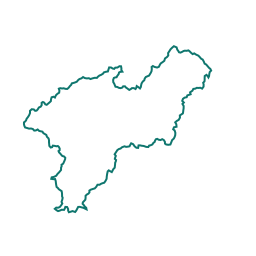 Santos Dumont, Minas Gerais, Brazil, rotated 341°
{"feature_id": "56859067B27012816015261", "entity_name": "Santos Dumont", "entity_type": "district", "adm_level": 2, "iso_a3": "BRA", "parent_name": "Brazil", "parent_adm1": "Minas Gerais", "projection": "albers", "projection_center": [-43.53, -21.482], "detail": "fine", "context": "isolated", "style": "outline", "palette": "teal", "viewbox_px": 256, "rotation_deg": 341, "n_neighbors": 0, "source": "geoboundaries", "source_scale": "gbopen_adm2", "svg_char_len": 4494}
<svg xmlns="http://www.w3.org/2000/svg" viewBox="0 0 256 256"><g transform="rotate(341 128 128)"><path d="M32.5,180.6L33.7,182.5L34.8,183.8L36.4,183.9L38.7,183.7L40.9,184.6L42.0,183.6L43.1,182.2L44.7,182.9L45.0,185.1L44.5,186.7L44.7,188.4L46.4,188.5L48.5,188.5L50.7,190.2L52.1,189.3L53.7,187.8L55.2,186.4L56.8,186.9L58.4,188.0L59.8,188.9L60.9,190.0L62.3,191.4L62.5,189.8L61.5,188.0L61.1,186.4L60.4,184.9L61.1,183.6L62.8,182.7L64.3,181.9L65.1,180.4L65.8,178.3L67.4,177.5L69.2,177.2L70.6,176.3L71.1,174.6L72.6,174.2L74.8,174.2L76.9,174.3L78.8,173.3L80.7,171.7L82.7,172.4L84.2,172.0L85.7,171.9L87.7,172.0L89.4,170.8L91.2,169.1L92.2,166.8L93.4,164.5L94.7,162.4L96.0,161.8L97.1,163.1L98.3,164.4L99.4,163.4L100.6,162.2L102.5,161.2L103.8,158.5L104.6,156.6L105.5,155.7L106.3,154.4L105.5,152.9L106.3,151.7L107.4,150.4L106.8,148.5L108.5,147.2L110.8,145.4L112.7,144.9L114.3,145.0L115.9,144.3L117.4,144.2L118.8,144.2L120.0,145.2L121.8,145.6L123.5,145.8L124.7,144.6L126.0,143.5L127.6,145.0L128.3,147.5L129.5,149.4L131.1,150.1L132.3,147.9L133.7,148.3L135.1,149.2L137.0,150.1L139.1,151.8L141.0,152.6L142.3,151.5L143.7,151.7L145.7,151.5L147.2,150.3L148.6,149.9L149.6,148.6L150.8,147.7L152.1,147.8L153.2,149.1L154.9,150.0L156.7,149.7L157.9,151.0L158.4,153.0L157.9,154.8L158.7,156.0L160.6,157.0L162.7,157.4L164.1,155.8L165.8,153.8L167.9,152.9L169.2,151.6L170.3,150.2L171.2,148.0L171.3,145.5L170.3,143.9L171.7,142.3L174.3,142.6L174.9,140.2L174.5,138.0L176.5,137.2L178.6,136.8L180.5,135.1L181.1,133.0L183.0,132.5L184.6,132.1L185.3,130.9L186.2,129.0L187.0,127.5L187.8,125.3L187.3,123.0L189.1,122.1L188.1,120.0L189.5,118.3L191.4,117.7L193.5,118.0L194.7,116.5L196.5,116.5L198.2,116.5L198.3,114.5L199.7,114.1L201.1,113.7L202.5,112.3L204.5,112.7L206.1,112.4L207.7,113.1L209.5,113.5L210.9,114.9L212.9,113.5L213.7,111.4L213.8,109.7L215.5,108.8L216.2,107.3L216.8,105.5L217.5,103.8L219.5,103.3L220.2,104.9L220.5,106.4L221.5,105.4L222.4,103.5L223.5,101.7L225.3,100.8L225.1,98.9L224.2,97.5L223.5,95.7L222.6,93.4L221.4,92.1L221.3,89.9L220.9,87.6L219.7,86.3L219.1,84.7L218.1,82.5L216.2,80.7L214.9,79.0L213.2,79.2L212.1,77.4L211.2,75.5L210.4,74.3L208.6,74.1L206.9,73.4L205.6,73.3L204.2,73.6L202.2,73.8L200.9,73.0L200.6,71.4L200.1,69.9L200.2,67.6L198.0,65.6L196.2,66.3L193.9,67.4L191.9,69.0L190.3,70.2L189.7,72.5L188.2,73.5L185.6,74.3L184.2,76.3L182.1,77.0L179.9,77.6L178.4,78.9L177.1,80.2L175.2,80.3L173.0,78.9L171.7,77.5L170.2,78.0L169.7,80.0L168.7,82.0L167.3,83.4L166.2,84.3L165.0,85.3L163.4,85.4L161.4,85.6L159.9,86.7L158.9,88.2L157.2,88.8L155.3,90.3L154.3,91.9L153.5,93.4L152.2,94.5L151.3,93.0L149.9,91.2L148.9,92.7L147.8,93.6L146.5,92.2L144.7,91.6L143.3,92.1L141.6,92.4L140.1,90.2L139.2,89.0L138.7,87.6L137.0,87.0L135.8,87.9L134.0,87.9L132.5,87.1L131.2,85.7L129.6,84.9L129.5,83.5L129.4,81.6L129.0,79.9L129.6,77.7L130.9,76.1L132.3,76.0L133.7,76.3L135.0,75.1L136.6,74.1L137.6,72.6L139.0,72.4L141.0,72.9L140.6,71.0L141.2,69.4L141.5,67.4L140.0,66.8L137.7,67.4L135.6,66.8L134.2,67.6L132.9,66.8L131.7,65.3L129.9,64.6L128.6,66.3L127.4,68.0L125.1,67.6L123.2,67.6L122.1,68.5L119.9,69.0L118.0,69.1L116.3,69.7L114.9,70.5L112.9,69.7L110.5,69.5L108.5,69.5L107.2,68.2L105.2,67.7L103.4,66.7L102.1,65.2L100.2,65.9L98.0,65.9L96.4,66.5L94.6,67.6L92.2,67.7L89.4,67.5L88.3,68.7L86.8,69.4L85.0,70.6L83.3,71.3L81.6,70.6L80.1,69.5L78.6,69.2L76.9,68.3L75.4,68.3L75.3,70.4L74.4,72.2L72.4,72.7L70.5,73.6L68.8,75.4L67.8,74.2L65.8,74.1L64.5,75.9L63.8,77.5L62.5,78.1L60.5,78.9L58.7,79.6L57.5,78.7L57.0,76.7L56.0,75.7L54.6,76.0L53.8,78.3L52.4,79.4L50.4,79.6L48.6,81.1L47.2,81.8L45.8,81.5L45.0,79.8L43.1,78.9L40.9,79.9L40.2,82.0L38.6,83.8L36.8,85.2L35.1,86.3L34.1,87.6L32.8,88.4L31.5,88.8L30.9,90.4L30.7,92.2L30.9,94.0L32.5,95.1L34.1,96.3L36.3,97.0L37.7,98.0L38.5,99.9L40.0,100.3L42.1,100.0L43.1,101.9L44.6,102.8L45.9,103.6L46.3,105.3L47.2,106.4L48.5,107.9L48.5,109.9L49.5,112.0L49.3,114.0L48.7,115.6L48.3,117.3L47.8,119.3L48.6,121.3L50.0,121.4L51.2,120.2L52.8,121.0L54.4,122.0L55.8,122.2L56.5,123.5L56.7,125.3L56.1,126.8L54.8,127.2L54.9,128.7L55.6,130.1L56.1,131.5L56.8,133.1L58.2,134.0L59.0,135.7L58.4,137.0L57.0,138.6L55.1,140.6L53.2,141.1L52.8,142.6L51.8,143.7L51.0,145.9L49.2,147.0L48.0,147.7L46.5,148.4L44.6,149.8L42.0,150.1L39.8,149.8L38.9,151.1L40.8,152.1L42.4,152.5L42.4,154.5L42.0,156.3L41.6,158.3L41.3,160.5L42.2,162.0L42.6,163.3L43.5,164.5L44.7,166.1L44.4,168.0L44.0,169.4L43.4,171.2L43.5,172.7L42.5,174.4L41.1,176.2L41.3,178.0L39.8,179.2L37.8,180.5L35.9,180.6L34.2,179.9L32.5,180.6Z" fill="none" stroke="#0f766e" stroke-width="2"/></g></svg>